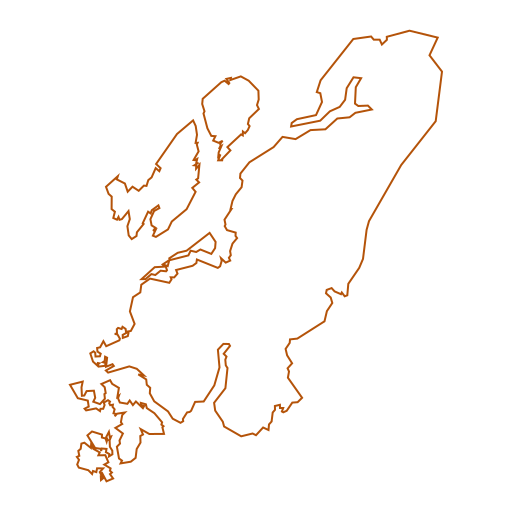 outline of Kvinnherad nor, Hordaland, Norway
{"feature_id": "86288312B18833292732183", "entity_name": "Kvinnherad nor", "entity_type": "district", "adm_level": 2, "iso_a3": "NOR", "parent_name": "Norway", "parent_adm1": "Hordaland", "projection": "orthographic", "projection_center": [5.871, 59.959], "detail": "fine", "context": "isolated", "style": "outline", "palette": "amber", "viewbox_px": 512, "rotation_deg": 0, "n_neighbors": 0, "source": "geoboundaries", "source_scale": "gbopen_adm2", "svg_char_len": 6035}
<svg xmlns="http://www.w3.org/2000/svg" viewBox="0 0 512 512"><path d="M437.7,37.6L409.5,30.7L386.8,36.8L386.9,39.8L381.9,44.5L379.7,39.7L373.8,39.7L371.1,36.5L353.3,39.0L320.6,80.3L316.8,92.1L320.3,93.2L322.0,102.0L316.0,115.1L296.9,119.2L291.7,123.0L291.1,126.5L320.2,120.7L329.9,111.3L339.7,106.9L345.1,99.8L346.7,88.2L353.5,77.3L361.1,78.2L355.8,87.2L355.0,103.6L358.3,106.0L367.9,105.6L371.8,109.5L355.4,112.8L349.6,117.3L337.3,118.5L325.4,129.3L310.5,130.1L295.6,139.1L282.5,136.9L273.6,147.1L249.4,162.3L240.4,173.6L240.0,178.0L242.5,180.6L241.6,187.2L235.8,194.3L232.5,200.9L230.5,209.3L231.4,209.2L224.5,219.7L225.5,224.5L224.7,226.1L227.0,230.1L235.7,232.6L235.5,235.9L237.1,238.1L232.5,243.6L230.1,251.1L230.8,255.2L228.9,257.8L230.2,260.6L225.7,262.6L221.0,258.2L221.7,260.8L220.1,266.3L217.8,267.9L196.9,259.5L196.4,263.0L192.6,265.8L176.1,270.0L177.5,273.6L174.2,277.4L170.7,277.3L171.5,279.4L169.3,282.8L150.0,278.6L141.3,284.7L140.3,292.4L133.0,297.2L129.9,311.4L134.6,323.9L130.8,331.0L126.9,331.6L128.5,333.0L127.8,336.1L122.8,337.9L122.7,334.9L126.2,333.0L125.6,328.9L122.5,326.8L121.6,329.0L118.1,327.9L116.8,329.2L117.0,333.5L114.7,333.9L117.5,334.5L119.9,338.7L119.4,340.3L106.2,346.2L103.4,341.2L100.1,347.3L97.1,348.0L97.5,351.6L100.7,353.7L99.9,356.3L95.5,356.5L95.2,352.7L93.6,351.3L90.3,353.4L93.0,361.6L97.1,365.3L97.8,363.0L99.2,363.3L97.9,364.4L98.6,366.6L105.1,365.8L105.6,363.0L102.9,362.2L104.7,361.0L105.1,356.7L107.1,357.7L106.1,366.7L112.5,364.2L113.8,366.0L105.9,370.5L108.1,372.6L129.3,366.4L136.8,368.8L144.0,375.5L138.3,374.4L146.2,379.4L146.8,384.8L150.2,387.8L149.8,393.3L154.2,401.3L168.0,411.4L172.7,418.7L180.5,422.8L183.2,421.2L182.9,419.0L187.1,412.4L189.6,412.0L191.1,410.8L195.1,401.9L203.7,401.5L214.3,385.4L219.5,367.4L217.9,349.7L223.4,343.9L228.9,344.0L230.0,345.9L223.7,353.8L226.5,356.6L225.3,359.7L225.8,365.4L227.5,368.0L225.4,388.2L214.1,402.8L215.2,410.6L222.8,421.7L224.1,426.5L241.2,436.3L252.6,433.5L256.0,435.2L263.1,427.5L268.5,430.0L269.0,424.4L271.6,421.5L272.7,412.5L275.0,409.8L274.9,406.0L279.9,404.8L280.0,408.0L283.2,408.0L281.9,411.5L283.3,412.3L286.7,410.8L292.3,402.6L297.6,402.2L302.1,397.8L287.9,377.7L289.0,371.5L287.6,368.3L292.1,363.3L287.1,355.3L285.6,348.9L289.7,342.9L290.0,339.4L297.3,338.6L324.5,321.3L326.9,311.1L332.3,303.0L330.7,297.5L326.0,293.3L326.7,289.9L331.6,288.1L334.6,291.4L341.0,294.2L341.8,292.5L344.7,296.3L347.3,295.3L348.3,283.8L359.2,267.9L363.0,258.9L366.6,229.8L369.0,221.1L401.2,165.0L435.7,121.2L442.0,71.6L429.5,55.3L437.7,37.6ZM177.0,134.0L156.1,164.0L160.6,168.2L159.3,171.2L155.7,168.1L151.6,177.4L148.3,180.1L146.5,185.9L143.9,185.6L138.7,190.8L132.5,186.7L127.7,191.7L124.9,183.5L116.8,179.4L117.8,176.2L106.0,186.8L108.6,193.9L111.7,196.6L111.6,209.1L114.9,211.7L113.3,218.0L117.0,219.7L118.5,216.9L119.5,219.8L121.9,219.1L128.5,211.1L129.8,219.1L127.4,226.2L128.7,235.4L131.7,239.1L136.5,236.0L136.9,232.3L143.6,224.0L142.7,223.3L148.1,211.7L150.6,213.4L151.8,210.2L158.4,205.4L159.4,208.1L154.1,211.0L150.4,219.2L151.6,225.4L155.5,227.8L153.1,230.8L155.7,229.7L152.9,235.7L155.9,236.9L168.0,229.4L171.8,221.5L186.6,209.2L195.6,191.8L192.3,187.9L199.1,182.4L196.3,179.6L198.1,178.4L199.4,164.9L196.1,168.7L196.2,165.5L194.4,165.3L197.6,163.2L196.3,162.7L197.2,158.9L195.0,160.2L193.6,160.0L198.6,151.4L196.8,144.5L197.6,142.8L195.6,142.9L197.0,134.8L195.7,126.0L193.1,120.4L177.0,134.0ZM230.9,77.9L226.4,78.9L229.3,83.1L228.6,84.0L224.6,80.7L221.3,82.2L202.7,98.8L202.2,104.0L204.5,111.3L203.5,113.5L207.4,128.3L211.3,135.9L215.4,136.2L213.2,140.6L218.6,142.8L222.6,140.8L220.2,143.8L220.7,146.7L219.9,147.0L219.4,148.1L219.8,148.2L220.1,147.3L220.4,147.3L220.8,146.5L221.4,146.1L218.7,152.4L218.3,156.4L220.4,154.5L218.2,160.3L223.0,160.3L221.5,159.7L230.4,150.4L227.4,147.1L241.1,134.4L242.8,135.4L242.9,131.5L245.1,133.2L247.8,130.1L249.6,126.1L247.9,124.0L249.2,118.3L258.9,109.0L257.0,105.1L258.7,99.5L258.4,90.7L248.7,80.7L240.8,76.4L230.4,80.0L230.9,77.9ZM82.7,381.6L70.0,384.8L77.8,398.2L87.8,400.6L88.7,406.6L84.6,408.7L86.1,410.4L96.1,408.4L100.0,411.1L100.5,408.8L103.2,408.8L104.6,405.0L103.8,402.6L108.0,400.2L110.0,401.6L109.2,403.2L110.2,405.2L112.9,404.7L112.5,406.8L114.6,409.3L113.5,413.3L115.8,413.9L114.8,416.3L117.0,413.7L124.8,412.5L122.2,415.1L120.9,422.2L122.2,424.0L115.4,427.9L122.9,433.5L119.5,440.5L120.0,443.6L116.9,446.7L119.0,458.5L122.0,460.6L120.6,463.4L130.8,461.7L135.6,457.9L136.7,449.0L140.5,442.6L140.3,436.0L143.0,434.5L140.7,429.1L149.3,434.0L164.0,433.9L162.4,427.3L163.5,426.2L161.4,424.6L162.1,422.3L154.4,413.2L146.8,408.1L145.9,404.3L140.9,402.9L141.3,405.4L144.1,406.0L142.9,408.2L135.9,401.5L132.9,405.1L129.7,400.5L127.4,403.8L119.8,402.5L118.0,398.2L118.9,395.7L117.4,396.9L118.9,387.9L112.2,383.9L110.1,380.2L101.4,384.0L104.7,387.2L105.7,393.1L104.4,394.1L104.9,398.7L100.0,404.1L93.3,401.7L95.2,397.8L93.9,390.7L86.6,391.1L84.3,395.5L81.9,395.8L81.5,387.3L82.7,381.6ZM84.4,442.7L81.4,443.6L80.7,448.8L78.3,450.9L79.3,455.8L76.9,456.9L79.0,459.8L77.2,464.5L78.8,467.6L88.3,470.2L92.1,474.0L93.0,471.0L96.3,472.1L97.1,468.3L103.1,468.4L99.8,472.1L101.8,476.0L100.8,476.2L101.0,480.0L103.1,478.3L101.6,472.1L106.5,481.3L113.1,478.5L110.0,474.1L111.9,472.5L109.9,470.7L110.6,468.4L104.3,464.6L108.4,462.3L105.3,455.2L98.4,455.3L99.7,452.4L93.4,448.9L91.1,445.0L90.9,447.9L84.4,442.7ZM209.6,232.9L186.6,250.7L177.7,252.8L169.3,258.3L170.0,260.1L188.4,255.4L190.6,250.7L196.2,252.0L200.4,249.5L211.3,253.9L215.1,248.1L215.6,241.9L209.6,232.9ZM92.0,431.5L87.4,435.4L95.1,448.0L100.7,448.8L101.2,451.0L101.6,448.5L106.5,448.9L105.9,452.2L109.3,454.0L109.0,456.4L112.4,454.3L112.3,450.7L109.9,446.8L109.6,440.3L111.1,436.5L109.8,437.0L108.9,431.9L106.2,437.1L108.4,440.8L107.1,439.5L106.6,441.6L105.7,439.0L106.8,438.8L101.9,437.5L102.0,434.6L92.0,431.5ZM169.3,260.1L162.6,264.5L164.9,266.6L154.7,267.2L141.6,279.1L145.5,279.1L151.4,274.1L155.3,275.0L160.6,270.7L166.1,271.3L167.0,270.2L165.2,265.2L167.7,266.1L169.3,260.1Z" fill="none" stroke="#b45309" stroke-width="2"/></svg>